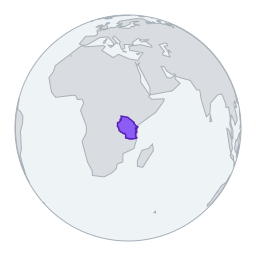 globe centered on United Republic of Tanzania, rotated 10°
{"feature_id": "TZA", "entity_name": "United Republic of Tanzania", "entity_type": "country or territory", "adm_level": 0, "iso_a3": "TZA", "parent_name": "Africa", "parent_adm1": "", "projection": "orthographic", "projection_center": [35.057, -6.356], "detail": "fine", "context": "on_globe", "style": "filled", "palette": "violet", "viewbox_px": 256, "rotation_deg": 10, "n_neighbors": 0, "source": "natural_earth", "source_scale": "50m", "svg_char_len": 9005}
<svg xmlns="http://www.w3.org/2000/svg" viewBox="0 0 256 256"><g transform="rotate(10 128 128)"><circle cx="128" cy="128" r="113" fill="#eef3f6" stroke="#a8b0b8"/><path d="M15.8,117.9L15.9,119.0L15.8,123.5L15.7,126.6L16.0,127.1L16.1,129.0L19.3,130.4L22.4,134.5L23.3,141.3L22.7,149.9L26.6,167.0L26.6,173.7L29.7,180.6L35.1,191.0L34.7,191.1L38.0,195.5L40.4,198.8L40.5,199.0L35.8,192.6L31.5,186.0L27.6,179.1L24.3,171.9L21.5,164.6L19.2,157.0L17.4,149.3L16.2,141.5L15.5,133.6L15.4,125.7L15.8,117.9ZM58.8,216.9L57.4,215.6L58.0,216.1L59.2,217.0L58.8,216.9ZM213.9,55.1L214.6,56.1L216.9,58.9L217.1,59.1L218.9,61.5L219.9,62.9L222.4,66.5L227.1,74.5L230.5,82.8L229.6,84.3L230.2,86.1L228.3,83.3L228.1,86.3L233.5,98.7L234.1,102.0L232.7,107.1L232.3,104.5L227.3,96.9L228.1,104.7L231.9,112.6L233.3,121.0L231.0,117.6L229.5,110.2L227.7,107.3L227.0,100.4L223.2,89.8L220.9,90.9L220.0,87.0L214.5,78.3L210.5,79.8L205.0,88.9L206.1,99.2L203.3,103.4L195.4,87.8L192.0,78.0L189.0,78.6L180.9,70.3L166.6,69.0L164.6,66.6L161.9,67.6L156.2,65.1L153.3,61.4L149.8,61.5L157.6,71.5L161.4,71.5L164.7,67.8L166.1,71.5L171.6,75.0L165.2,83.7L144.1,91.5L142.3,83.9L127.3,64.3L127.8,62.3L127.8,62.0L127.6,61.6L126.0,65.0L123.5,61.5L131.3,74.5L132.5,80.5L143.8,91.9L142.7,93.1L146.4,95.6L158.5,93.0L158.5,95.5L152.7,107.6L136.1,124.7L138.5,136.7L137.5,147.1L127.5,154.2L128.7,162.4L123.6,165.4L123.5,170.1L119.6,175.3L112.9,180.3L101.2,180.9L100.2,176.6L94.0,168.5L85.1,149.2L87.8,140.0L86.6,133.2L78.2,119.0L80.0,110.7L77.8,107.6L73.3,108.8L70.8,105.1L68.1,105.3L51.4,110.4L46.5,106.1L41.4,92.2L44.6,85.8L45.6,79.2L68.0,54.9L72.3,55.4L89.4,51.1L91.4,51.7L88.9,56.3L101.2,61.2L105.9,57.1L117.7,59.9L125.8,59.7L129.7,51.2L116.3,51.2L114.6,47.3L125.7,43.8L137.5,44.5L137.2,43.0L130.2,39.7L133.4,37.3L127.9,38.5L129.8,39.9L126.3,40.8L124.4,39.6L125.6,38.7L122.2,38.1L117.3,43.2L118.8,45.1L109.5,46.4L111.0,49.9L108.3,51.8L104.8,46.5L105.5,44.5L98.7,39.8L97.1,41.8L103.4,46.7L101.2,46.4L99.2,49.8L99.0,47.0L92.5,41.7L84.5,43.8L73.4,53.2L68.9,54.6L65.5,53.7L70.3,45.1L79.9,43.0L81.7,40.5L80.5,37.6L83.5,37.4L84.2,36.1L87.9,35.4L93.8,32.0L97.7,31.4L100.7,27.9L103.1,27.3L100.6,29.4L101.0,30.7L110.6,30.0L112.7,29.2L113.9,27.1L116.4,27.4L116.3,25.6L122.2,24.8L114.9,24.4L116.1,22.6L120.0,21.3L119.1,20.8L112.7,23.0L111.4,24.1L112.3,25.0L107.4,28.5L103.9,29.3L104.1,25.8L99.2,26.8L101.5,24.1L117.4,18.8L123.6,18.0L132.5,19.9L130.7,20.7L126.5,20.3L129.7,22.0L129.8,21.2L131.8,21.6L133.5,20.4L135.1,20.7L134.0,19.3L136.1,19.5L136.7,20.4L141.0,19.3L145.5,19.8L145.8,19.5L144.7,19.0L151.2,20.3L151.0,20.0L148.9,19.5L147.2,18.7L146.8,17.9L149.1,18.4L149.5,18.7L153.9,20.3L154.7,21.4L155.6,21.6L155.4,20.8L150.1,18.7L149.2,18.2L152.0,19.0L150.9,18.7L151.2,18.6L153.6,19.0L150.6,18.1L150.5,17.6L158.6,19.6L166.5,22.2L174.3,25.3L181.7,29.0L188.9,33.2L195.7,38.0L202.2,43.2L208.3,49.0L213.9,55.1ZM59.8,66.1L59.0,68.0L59.8,66.1ZM149.8,50.1L157.0,50.9L154.1,45.8L156.7,45.8L154.7,44.2L153.9,45.4L149.3,41.2L152.5,40.1L151.8,38.2L149.3,37.9L144.2,40.7L150.7,46.5L148.9,48.4L149.8,50.1ZM84.4,30.9L85.4,31.3L83.6,32.8L78.7,34.6L81.3,32.3L84.4,30.9ZM87.2,31.7L88.8,28.2L91.9,27.3L89.9,28.3L91.7,28.1L89.0,29.7L90.5,32.6L89.0,34.2L80.8,36.0L84.3,34.4L83.1,33.9L87.2,31.7ZM87.3,24.1L88.0,23.4L93.8,22.1L92.4,23.0L87.5,24.5L86.1,24.5L87.3,24.1ZM111.0,16.7L110.1,16.8L107.6,17.3L106.2,17.5L105.9,17.6L104.2,18.0L103.2,18.3L100.4,18.9L99.0,19.4L98.4,19.4L96.8,20.1L96.7,19.9L94.5,20.6L95.7,20.4L82.8,24.8L78.9,26.6L86.6,23.2L94.5,20.4L102.7,18.2L111.0,16.7ZM75.5,28.3L73.0,29.7L75.5,28.3ZM94.1,49.8L95.8,49.9L98.4,49.5L97.1,51.8L94.1,49.8ZM89.5,46.2L91.1,45.8L90.6,48.5L88.9,48.6L89.5,46.2ZM92.3,43.4L91.2,45.6L90.8,44.5L92.3,43.4ZM102.1,29.0L103.8,28.7L103.8,29.1L102.7,29.9L102.1,29.0ZM120.1,16.3L119.1,16.2L119.7,16.1L119.6,15.8L122.0,15.7L123.0,15.8L120.1,16.3ZM127.2,52.6L124.6,54.2L123.5,53.4L124.6,53.0L127.2,52.6ZM110.0,52.7L113.7,53.7L109.6,53.4L110.0,52.7ZM122.7,16.1L122.4,15.9L123.7,16.0L122.7,16.1ZM123.7,15.6L125.4,15.6L122.2,15.6L123.7,15.6ZM169.5,205.2L170.0,206.8L168.3,206.8L169.5,205.2ZM156.9,145.8L149.3,164.2L143.9,164.1L142.9,158.6L145.6,147.5L151.9,144.4L154.9,139.5L156.9,145.8ZM238.4,145.3L238.6,146.5L238.5,147.0L238.4,145.3ZM238.3,142.8L238.7,143.7L238.1,143.8L238.3,142.8ZM238.9,144.0L239.3,143.8L239.4,143.3L239.3,144.3L238.9,144.0ZM238.0,142.3L234.9,139.6L233.3,137.2L233.9,135.5L236.5,137.5L238.0,142.3ZM233.8,135.3L231.1,128.5L225.3,111.1L227.4,112.0L233.0,123.3L232.7,124.8L234.4,129.9L233.8,135.3ZM239.4,129.1L239.0,133.9L237.6,132.0L236.7,130.5L236.2,123.7L236.5,120.8L237.3,121.4L238.7,112.8L239.5,116.2L239.4,120.0L240.0,124.9L239.4,129.1ZM206.6,100.2L209.3,106.8L207.6,107.6L206.6,100.2ZM238.2,106.3L238.4,110.0L237.9,104.7L238.2,106.3ZM237.3,101.2L237.9,103.5L237.2,100.9L237.3,101.2ZM231.2,89.1L230.5,89.1L229.9,87.5L230.5,86.7L231.2,89.1ZM229.6,79.5L231.6,83.9L232.2,85.2L230.9,82.3L229.6,79.5ZM142.6,16.8L140.1,17.1L139.9,17.8L142.2,18.5L137.8,17.8L138.2,16.8L142.6,16.8ZM133.2,15.6L132.2,15.6L131.1,15.5L133.2,15.6ZM223.1,188.4L219.5,191.1L219.7,189.1L222.1,186.0L227.0,175.0L227.2,175.5L230.1,168.5L233.8,164.8L237.2,155.7L237.0,156.2L234.5,164.7L231.3,172.9L227.5,180.8L223.1,188.4ZM239.2,145.7L238.8,147.6L239.4,144.6L239.2,145.7ZM240.6,125.3L240.2,126.5L240.3,129.9L240.6,128.8L240.4,130.9L240.2,136.7L240.0,138.5L240.2,132.2L239.8,137.8L239.6,137.3L239.8,132.1L240.2,126.6L240.3,124.5L240.6,125.2L240.6,125.3ZM239.8,114.2L239.6,112.4L239.6,113.3L239.3,110.7L239.8,114.2ZM238.8,107.8L238.9,108.5L238.5,106.4L238.8,107.8ZM238.6,107.1L238.1,104.3L238.3,105.1L238.6,107.1ZM237.8,103.1L237.0,100.3L234.5,91.6L234.7,91.9L236.5,98.0L237.7,102.4L237.8,103.1Z" fill="#d9dde1" stroke="#a8b0b8" stroke-width="1"/><path d="M123.9,134.0L123.7,134.0L123.5,133.8L123.3,133.7L123.0,133.6L122.9,133.5L122.7,133.5L122.3,133.4L122.1,133.3L121.9,133.3L121.9,133.1L121.7,133.0L121.4,133.0L121.2,132.8L121.2,132.7L120.8,132.5L120.3,132.5L120.2,132.4L119.9,132.2L119.7,131.8L119.6,131.6L119.4,131.2L119.2,130.8L119.1,130.5L118.9,130.2L118.8,129.7L118.6,129.4L118.4,129.1L118.1,128.9L117.7,128.7L117.3,128.1L117.2,128.0L117.2,127.7L117.1,127.4L117.3,126.9L117.3,126.7L117.2,126.4L117.1,126.2L117.0,125.7L116.8,125.4L116.8,125.2L116.9,124.7L116.9,124.4L117.6,124.3L117.7,124.2L118.0,124.0L118.4,123.6L118.5,123.4L118.6,123.1L118.8,123.0L118.8,122.9L118.9,122.7L119.1,122.4L119.3,122.3L119.3,122.2L119.6,122.0L119.7,121.8L119.7,121.7L119.6,121.4L119.3,121.3L119.1,121.3L119.0,121.2L118.9,121.2L119.0,121.0L119.0,120.8L118.9,120.8L118.9,120.7L119.1,120.3L119.4,120.2L119.5,120.2L119.8,120.0L119.8,119.8L119.8,119.6L119.7,119.4L119.7,119.2L119.7,118.9L119.7,118.6L119.6,118.4L119.3,118.2L119.1,117.9L119.0,117.7L119.4,117.6L119.5,117.5L119.9,117.5L120.3,117.5L120.6,117.5L121.0,117.5L121.3,117.5L121.7,117.5L122.0,117.5L122.4,117.5L122.7,117.5L123.1,117.5L123.4,117.5L123.8,117.5L124.1,117.5L124.5,117.5L124.8,117.5L125.2,117.5L125.5,117.5L125.9,117.5L126.0,117.6L126.6,117.9L127.0,118.1L127.4,118.4L127.9,118.6L128.3,118.8L128.7,119.1L129.1,119.3L129.5,119.5L130.0,119.8L130.4,120.0L130.8,120.2L131.2,120.5L131.6,120.7L132.0,120.9L132.5,121.2L132.9,121.4L133.1,121.5L133.1,121.8L133.2,122.0L133.0,122.3L133.2,122.5L133.3,122.7L133.6,122.9L133.9,123.1L134.2,123.3L134.5,123.5L135.0,124.0L135.3,124.2L135.6,124.4L135.9,124.6L136.1,124.7L136.2,124.8L136.0,125.3L135.9,125.5L135.8,125.8L135.7,126.4L135.5,126.6L135.4,127.1L135.3,127.5L135.5,128.0L135.8,128.3L136.1,128.7L136.3,128.9L136.6,129.1L136.8,129.4L136.7,129.5L136.4,130.0L136.2,130.3L136.2,130.8L136.3,130.8L136.5,130.9L136.5,131.3L136.3,131.7L136.3,132.0L136.4,132.7L136.6,133.0L136.9,133.6L136.9,134.0L137.0,134.4L137.0,134.7L137.1,134.9L137.1,135.0L137.3,135.2L137.5,135.4L137.5,135.5L137.8,135.6L138.0,135.7L138.3,135.9L138.4,136.0L138.2,136.3L137.9,136.6L137.5,136.8L137.2,137.0L136.9,137.1L136.7,137.1L136.4,137.2L136.2,137.4L135.9,137.5L135.6,137.5L135.2,137.6L134.8,137.8L134.6,138.0L134.3,137.7L134.0,137.7L133.7,137.7L133.5,137.8L133.4,137.9L133.3,138.1L133.1,138.3L132.8,138.5L132.5,138.5L132.2,138.5L132.0,138.4L131.9,138.3L131.7,138.2L131.3,138.3L131.1,138.5L130.8,138.5L130.4,138.5L130.2,138.4L130.0,138.2L129.6,138.0L129.4,138.0L129.2,138.2L129.1,138.3L128.9,138.3L128.7,138.3L128.2,138.2L127.8,138.3L127.8,138.2L127.7,137.9L127.4,137.7L127.2,137.4L127.1,137.2L127.2,136.9L127.2,136.7L127.2,136.4L127.1,136.2L127.1,135.9L127.1,135.6L127.0,135.3L127.0,135.2L126.9,135.1L126.6,134.7L126.1,134.3L125.9,134.2L125.9,134.3L125.9,134.5L125.7,134.5L125.5,134.4L125.4,134.4L125.0,134.4L124.9,134.4L124.7,134.2L124.4,134.2L124.0,134.0L123.9,134.0L123.9,134.0ZM136.7,127.7L136.8,128.1L136.7,128.2L136.4,128.1L136.3,127.9L136.2,127.9L136.1,127.7L136.1,127.2L136.3,126.8L136.4,127.0L136.5,127.6L136.7,127.7ZM137.4,125.2L137.4,125.3L137.4,125.7L137.4,125.9L137.3,126.2L137.2,126.2L137.1,125.6L137.0,125.2L137.2,125.3L137.4,125.2ZM137.1,131.2L136.9,131.3L136.9,131.2L137.0,131.1L137.1,130.9L137.3,130.7L137.3,131.1L137.2,131.1L137.1,131.2Z" fill="#8b5cf6" stroke="#5b21b6" stroke-width="1.5"/></g></svg>